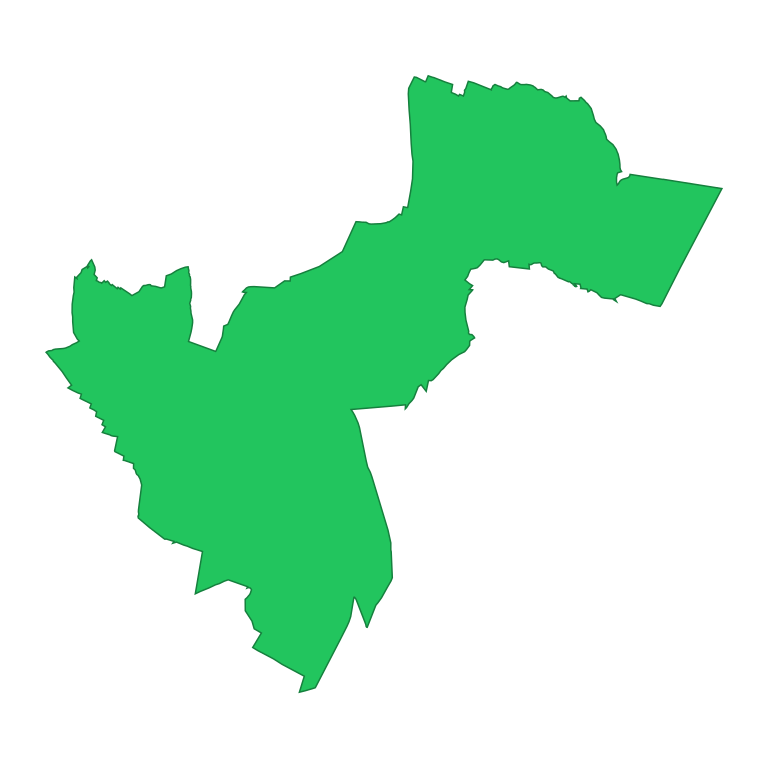 Tlanalapa, Hidalgo, Mexico
{"feature_id": "50627088B50313266532501", "entity_name": "Tlanalapa", "entity_type": "district", "adm_level": 2, "iso_a3": "MEX", "parent_name": "Mexico", "parent_adm1": "Hidalgo", "projection": "robinson", "projection_center": [-98.588, 19.828], "detail": "fine", "context": "isolated", "style": "filled", "palette": "green", "viewbox_px": 768, "rotation_deg": 0, "n_neighbors": 0, "source": "geoboundaries", "source_scale": "gbopen_adm2", "svg_char_len": 5995}
<svg xmlns="http://www.w3.org/2000/svg" viewBox="0 0 768 768"><path d="M566.1,96.1L565.0,97.3L563.7,96.4L562.4,96.3L557.1,97.9L555.4,98.0L553.4,97.5L551.9,95.9L547.8,92.5L544.8,91.6L543.1,90.0L541.2,89.4L537.6,89.8L535.1,87.4L533.9,86.7L533.0,85.9L530.4,85.0L526.4,84.4L524.5,84.6L521.1,84.6L519.9,84.2L517.3,82.5L516.4,82.4L515.1,84.1L514.0,85.2L509.9,88.0L508.7,89.1L507.6,89.3L503.3,88.1L501.9,87.5L500.8,86.7L498.1,85.9L495.0,84.5L494.2,84.9L493.8,85.5L493.1,85.8L492.7,86.3L492.5,87.3L491.1,89.2L491.2,89.8L473.7,82.8L468.3,81.3L465.8,88.6L464.5,90.3L464.7,92.1L463.4,96.0L459.6,94.4L458.5,96.0L455.3,94.1L451.5,92.6L451.3,92.2L452.6,84.5L445.1,82.0L433.9,77.6L432.2,77.2L428.2,75.8L425.7,81.7L425.2,81.8L416.5,77.4L414.3,77.0L408.7,88.3L408.3,93.8L409.1,109.6L410.3,124.5L411.2,143.5L412.0,154.3L413.0,161.0L413.0,162.0L412.5,178.9L410.6,191.5L407.7,207.5L407.4,207.6L403.4,206.8L401.6,214.9L399.0,214.1L395.2,217.7L392.4,219.8L389.2,221.9L387.8,221.9L386.3,222.7L380.8,223.7L371.1,224.1L368.9,223.8L366.1,222.3L362.0,222.2L359.7,221.9L356.0,221.7L342.4,251.6L319.3,266.5L300.9,273.6L290.4,277.1L290.2,281.0L284.6,280.9L274.6,287.9L254.1,286.6L250.9,286.7L248.4,287.0L246.4,288.0L244.5,290.0L243.2,291.1L242.5,291.9L243.4,292.2L246.3,292.5L244.4,294.7L239.2,304.2L234.8,309.7L233.4,311.8L231.5,315.9L229.1,321.7L227.8,324.4L223.7,326.1L223.4,329.3L222.4,336.1L222.1,337.2L216.2,350.5L215.6,351.4L188.5,341.5L191.0,332.2L191.8,328.2L192.6,322.8L192.6,319.9L191.0,313.1L190.9,311.0L190.4,308.1L190.6,306.3L189.7,303.4L190.7,300.3L190.7,299.0L191.3,297.7L191.5,293.8L191.4,291.5L190.7,287.9L190.8,286.6L190.5,285.3L190.6,283.5L190.6,279.6L190.2,276.9L189.6,276.3L189.4,275.3L189.5,274.3L188.8,273.0L188.7,272.4L188.9,270.6L188.7,269.6L188.4,269.2L188.4,268.2L188.1,266.8L185.3,267.2L180.9,268.7L176.6,270.6L171.3,274.0L166.3,275.8L164.6,286.8L161.5,287.9L160.3,287.8L155.6,286.4L151.1,285.8L150.5,284.8L149.8,284.6L148.2,284.7L145.4,285.5L143.8,285.5L142.5,286.4L139.0,291.7L131.9,295.6L129.8,293.9L120.8,287.9L120.3,289.1L118.0,287.3L117.2,288.7L112.2,284.6L111.4,285.5L109.2,283.6L109.2,283.1L107.5,281.1L105.6,282.3L104.2,280.7L101.7,283.2L101.1,282.6L99.3,282.3L97.6,281.1L96.3,280.6L97.2,277.8L94.1,274.5L95.2,270.1L94.8,267.0L91.6,259.8L90.4,260.9L87.5,265.5L88.9,266.7L87.7,268.0L87.2,266.4L82.1,269.5L81.1,272.6L76.5,277.5L76.8,278.4L74.8,277.0L73.8,287.6L74.1,292.1L73.3,295.7L72.2,304.2L72.1,312.8L72.7,316.9L72.7,321.6L73.6,332.5L77.4,339.2L79.2,341.0L76.8,342.6L72.2,344.7L70.1,346.2L65.4,348.1L63.2,348.5L55.6,349.1L53.3,349.6L51.9,350.5L48.5,350.9L46.6,351.9L46.1,352.3L48.0,354.4L49.8,357.0L51.7,359.0L52.9,360.0L53.4,361.3L55.1,363.0L62.1,371.5L66.4,377.9L71.6,385.2L68.0,387.9L72.4,390.3L78.1,393.0L81.4,394.1L80.1,398.4L91.3,403.9L89.9,407.7L89.9,408.0L93.5,409.7L96.6,411.7L95.7,416.3L103.7,420.3L102.0,424.7L105.5,426.8L102.3,432.5L110.0,434.9L111.1,435.6L113.1,436.1L117.6,436.6L114.6,450.8L114.9,451.6L123.9,456.1L123.3,460.3L124.4,460.4L133.6,463.6L133.5,468.3L135.2,469.9L136.3,473.6L136.9,474.5L138.2,475.5L140.1,479.0L141.7,485.0L138.5,509.8L138.4,512.0L138.7,513.3L138.6,515.8L138.0,516.1L138.3,518.0L149.5,527.5L164.6,539.1L165.1,539.2L166.2,539.0L174.0,541.4L172.8,543.2L176.5,542.1L183.8,545.1L187.4,546.2L192.6,548.4L202.5,551.5L195.3,593.8L200.4,591.4L209.0,587.9L215.5,584.8L219.3,583.6L224.2,581.2L228.2,579.8L247.7,586.7L247.0,588.1L248.2,587.6L250.3,588.0L251.5,589.7L250.3,593.4L249.4,594.9L248.5,595.9L247.1,597.6L245.2,599.3L245.3,610.8L252.0,621.1L254.2,628.8L261.4,633.0L252.7,647.5L257.8,650.6L273.4,658.8L282.2,664.4L304.3,676.2L299.4,692.2L305.4,690.7L315.1,687.8L315.6,687.1L339.7,640.6L347.0,626.2L349.0,621.7L350.7,616.6L353.9,597.3L354.2,597.2L354.6,597.3L356.1,599.4L364.8,621.8L365.8,624.5L366.2,626.6L366.7,627.2L367.2,627.3L375.7,605.6L376.1,604.9L377.8,602.9L381.5,597.8L387.4,587.2L391.0,581.0L392.3,577.7L391.2,551.8L390.8,549.8L390.8,542.9L388.0,530.2L371.9,476.8L370.3,472.3L367.7,467.2L366.2,460.9L359.5,427.7L358.1,423.1L354.7,415.4L353.0,412.4L351.1,409.5L393.0,406.0L405.5,404.8L405.3,408.8L406.5,407.6L409.0,403.6L411.9,400.6L413.7,398.2L418.2,386.8L421.1,384.7L426.2,391.3L428.5,380.5L431.2,380.7L433.1,379.6L438.7,373.6L441.0,370.4L443.3,368.5L446.6,364.6L451.6,359.8L458.9,354.5L464.6,351.7L466.5,349.6L469.6,345.4L469.7,341.3L470.6,340.4L474.6,337.9L473.8,336.5L471.9,334.6L469.5,334.4L468.5,333.1L468.7,331.2L465.9,320.0L465.0,312.4L464.9,307.2L467.2,299.3L468.1,295.1L472.6,290.1L472.7,289.8L469.2,289.6L472.6,285.6L469.6,283.8L464.9,280.0L467.6,276.4L468.9,272.9L470.7,269.2L475.4,268.3L477.3,267.7L480.0,265.1L484.3,259.8L492.9,260.1L495.0,259.1L497.2,258.9L498.9,259.8L501.4,261.9L503.8,262.6L508.6,260.9L509.3,266.7L529.4,269.0L529.0,264.3L530.3,264.7L531.4,264.5L533.0,263.5L534.3,263.0L536.6,263.0L539.4,262.7L540.5,262.8L541.0,263.2L541.5,265.2L542.0,266.1L542.9,266.9L545.6,266.8L548.3,269.0L553.1,270.9L553.4,271.2L554.4,273.5L555.1,273.6L558.1,277.4L559.5,277.9L559.5,278.1L561.9,278.9L568.5,281.8L569.7,281.6L571.8,283.4L572.9,283.9L573.2,284.8L574.1,285.3L574.6,286.2L575.8,286.7L576.7,286.4L576.6,286.2L574.8,283.7L580.1,284.2L581.0,288.2L580.8,288.5L587.1,289.1L588.0,291.8L589.4,291.1L590.8,289.7L596.9,292.7L599.3,295.3L601.5,297.4L604.4,298.1L611.5,298.8L613.2,298.8L613.3,299.5L616.4,301.5L614.8,298.5L620.6,294.7L635.8,299.1L640.5,300.9L646.8,303.6L649.3,303.7L653.3,305.2L660.1,306.4L661.9,303.8L680.5,267.2L721.9,188.6L663.1,179.3L662.7,179.4L630.1,174.4L629.8,175.8L628.6,177.4L626.7,178.1L623.1,179.1L621.2,180.0L619.8,181.3L618.4,183.8L617.1,185.1L616.5,181.9L616.5,177.8L617.1,174.2L617.7,172.8L621.6,171.6L620.5,169.8L620.0,167.8L619.9,164.3L619.4,160.0L618.1,154.1L617.0,151.6L616.2,149.4L612.9,144.6L609.2,141.7L606.6,139.3L606.1,136.4L605.4,134.3L604.3,131.9L603.5,129.7L600.3,126.0L595.9,122.5L594.3,119.2L593.4,115.5L591.2,108.5L587.4,103.5L586.2,102.7L584.5,100.5L581.0,97.3L579.4,98.2L578.9,100.8L570.1,100.9L566.6,98.0L566.1,96.1Z" fill="#22c55e" stroke="#15803d" stroke-width="1.5"/></svg>